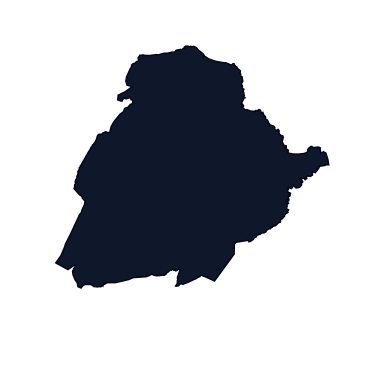 Skaun nor, Sør-Trøndelag, Norway, rotated 25°
{"feature_id": "86288312B11498019904431", "entity_name": "Skaun nor", "entity_type": "district", "adm_level": 2, "iso_a3": "NOR", "parent_name": "Norway", "parent_adm1": "Sør-Trøndelag", "projection": "albers", "projection_center": [10.037, 63.259], "detail": "fine", "context": "isolated", "style": "filled", "palette": "ink", "viewbox_px": 384, "rotation_deg": 25, "n_neighbors": 0, "source": "geoboundaries", "source_scale": "gbopen_adm2", "svg_char_len": 5880}
<svg xmlns="http://www.w3.org/2000/svg" viewBox="0 0 384 384"><g transform="rotate(25 192 192)"><path d="M98.5,313.8L112.4,314.7L115.6,309.1L116.5,307.9L117.2,308.0L117.6,308.6L117.6,309.7L117.1,311.6L117.4,312.8L117.2,314.2L119.3,317.4L123.0,320.8L126.7,323.1L128.7,326.0L132.0,325.9L132.5,323.6L133.1,322.2L134.4,320.9L139.0,318.7L140.7,318.6L142.9,319.2L146.8,317.8L147.7,316.9L149.0,316.6L149.8,315.9L149.8,314.9L150.1,314.6L150.9,314.8L150.8,314.5L151.0,313.9L151.1,312.6L151.4,312.9L153.5,310.0L160.8,306.6L171.6,298.1L174.9,294.4L186.0,288.3L188.5,285.9L190.2,283.5L192.9,283.5L195.7,282.7L195.5,282.4L197.6,281.7L200.0,280.0L202.2,279.1L203.2,277.2L203.3,275.6L203.9,275.1L205.6,271.4L206.4,271.7L207.2,270.0L208.1,269.9L208.5,270.6L209.6,269.8L210.2,270.4L210.7,270.3L211.9,268.7L212.3,267.6L214.2,267.4L214.4,271.6L214.8,273.5L214.7,274.7L215.4,276.6L216.1,277.0L216.1,278.3L216.7,279.2L216.7,279.9L217.3,280.3L217.2,282.8L216.8,284.1L217.4,284.1L219.5,282.6L219.7,281.3L220.4,280.2L221.5,279.5L222.8,279.4L227.2,274.8L231.3,269.8L232.0,269.2L232.9,268.0L233.3,266.8L234.8,265.5L235.2,264.1L236.7,262.6L237.5,263.5L239.2,263.2L250.0,263.1L256.4,230.5L252.6,221.8L252.7,220.0L253.6,218.6L262.8,212.4L263.6,212.2L264.6,213.0L264.9,212.5L265.4,212.5L266.6,210.8L267.7,208.7L267.8,206.9L269.0,205.8L269.3,203.1L270.4,202.7L271.2,201.6L271.7,201.5L272.1,200.3L273.0,199.3L274.3,198.8L275.4,197.5L275.8,196.7L275.5,196.0L275.9,195.4L275.9,194.9L277.3,192.9L277.4,192.1L278.3,192.3L278.3,191.2L279.0,191.0L279.6,190.0L279.3,189.4L282.0,187.1L283.4,183.3L284.8,182.0L284.8,181.7L283.9,179.4L285.2,178.1L285.5,176.2L286.1,175.1L285.7,174.2L286.0,172.3L287.6,170.0L286.8,169.2L287.1,168.0L287.1,167.4L285.2,167.5L284.1,165.7L284.4,165.3L284.3,164.7L283.6,163.8L283.5,163.2L284.1,161.8L283.0,162.0L282.9,161.7L283.5,161.1L281.7,160.4L282.9,159.8L283.4,159.0L282.8,158.4L282.5,158.8L281.6,158.7L281.5,158.4L281.6,158.0L282.7,157.6L280.8,155.5L282.0,154.9L282.4,154.3L282.3,153.5L280.8,153.3L281.0,152.6L282.0,152.1L281.9,151.7L280.8,151.3L279.8,152.1L278.9,151.9L278.8,150.9L277.5,149.8L278.3,148.7L277.5,148.0L277.1,147.1L280.5,147.0L281.0,145.8L281.4,142.7L283.9,144.4L285.2,144.0L287.7,142.0L288.3,139.3L287.4,137.4L288.0,136.5L287.5,136.3L287.8,135.8L286.2,134.5L285.2,134.8L285.0,133.7L286.3,132.6L287.4,132.3L289.3,133.0L290.2,131.5L289.2,131.3L289.6,130.4L289.8,128.7L293.0,127.7L293.2,126.5L294.0,125.9L292.6,122.9L294.4,122.2L295.4,122.5L296.3,119.4L296.2,118.7L296.7,117.6L296.8,114.7L301.3,111.7L301.9,110.7L304.4,109.6L301.4,105.1L296.9,100.2L294.0,100.0L293.5,101.3L292.4,102.3L289.7,98.6L289.7,97.8L288.1,97.8L286.5,98.3L284.8,99.7L282.8,100.6L281.4,100.1L280.4,100.6L279.2,103.2L279.1,105.0L279.8,106.1L279.7,107.2L277.4,109.7L272.3,112.8L273.2,113.2L271.5,113.1L267.8,114.8L262.9,116.0L261.9,115.1L261.9,113.9L261.5,113.4L258.7,113.1L258.8,112.4L258.6,112.4L258.0,110.4L255.7,110.9L252.9,108.7L252.4,108.1L252.1,107.0L252.2,106.2L251.6,104.7L251.7,104.0L250.5,102.8L248.9,103.2L246.8,102.5L245.4,101.0L245.3,100.0L243.8,98.8L243.3,99.2L243.4,99.6L242.6,100.2L241.2,100.5L240.1,99.8L239.7,98.4L238.2,97.8L234.0,98.2L233.3,97.4L231.6,96.7L231.3,96.0L229.9,95.0L228.0,95.0L227.0,93.0L224.1,91.6L222.6,89.9L221.1,90.8L219.2,88.8L218.4,88.8L217.7,89.2L217.6,89.7L216.6,91.1L215.9,91.4L215.4,91.1L214.9,91.6L215.0,92.4L214.4,93.0L213.8,92.8L211.0,93.9L207.1,94.1L205.6,95.0L202.8,94.4L201.6,94.8L201.0,93.9L201.0,92.4L198.3,92.4L201.0,91.8L201.4,92.4L201.6,94.2L202.3,94.3L202.4,92.4L202.2,92.0L199.1,90.2L199.5,88.8L199.1,88.2L199.5,87.5L199.5,86.5L199.3,85.5L198.7,84.9L200.0,84.1L200.8,84.7L200.0,84.0L198.8,84.5L198.0,82.9L199.2,82.3L198.5,82.4L196.7,79.8L195.7,79.2L195.6,77.3L195.3,77.5L194.9,76.9L193.1,76.3L193.0,74.8L191.1,73.2L191.0,72.5L191.3,70.4L191.0,70.2L191.0,69.7L189.2,67.5L189.0,66.6L187.4,66.5L186.2,64.5L185.3,63.8L185.0,63.2L185.1,62.7L184.3,61.6L180.9,60.7L180.1,59.9L177.9,59.9L177.7,59.3L177.0,59.3L176.1,58.0L175.0,58.3L174.5,59.8L173.6,60.4L168.0,60.6L165.6,61.6L158.1,63.6L150.7,64.3L145.3,63.4L145.3,64.3L145.9,64.4L146.3,64.7L145.1,64.2L145.2,63.2L144.6,62.5L141.3,61.4L138.0,60.8L134.9,59.3L132.1,59.3L129.9,60.8L129.3,60.4L128.9,60.8L129.1,61.0L128.4,61.5L126.7,61.5L124.9,62.3L124.1,63.3L124.9,63.5L125.1,64.0L123.6,65.1L123.2,65.9L123.4,66.2L122.8,67.1L121.2,67.7L117.9,70.2L117.5,70.6L117.8,70.9L117.7,71.4L116.6,72.8L114.8,73.7L111.2,76.5L107.8,78.2L103.7,81.9L101.9,82.4L95.6,86.4L91.3,88.2L89.9,88.4L86.9,90.2L86.8,90.6L87.3,91.8L86.8,92.0L86.9,92.3L86.5,92.8L86.5,93.4L88.6,96.0L87.9,96.1L86.4,97.4L86.4,97.9L86.9,98.3L84.2,100.9L83.9,101.7L83.7,102.6L84.3,104.2L83.9,106.6L84.1,115.9L84.5,116.7L85.1,119.4L88.0,122.6L91.7,122.0L92.9,122.5L89.0,129.5L85.9,133.2L85.2,134.7L84.2,135.1L84.4,135.9L85.7,139.9L89.2,139.6L90.2,139.1L90.1,137.9L90.6,135.9L93.2,135.2L96.3,132.2L97.8,134.1L98.2,133.8L99.8,134.2L100.6,136.8L100.2,137.4L100.3,137.6L100.2,138.2L99.1,138.6L98.9,139.5L99.0,139.9L98.2,141.3L98.4,141.5L98.2,142.0L98.4,142.7L96.7,143.4L95.6,144.9L96.0,148.0L93.9,152.0L91.9,159.9L91.4,162.8L91.1,166.9L92.3,172.8L89.9,173.9L88.3,173.9L86.0,176.6L85.9,177.6L85.3,178.3L84.1,178.5L82.9,179.5L82.6,181.5L83.2,184.3L83.0,188.3L82.6,189.5L83.1,190.2L82.1,191.1L81.9,194.0L81.6,194.7L82.0,195.4L81.7,196.0L81.9,196.1L81.7,196.3L81.7,197.1L81.4,198.4L81.0,202.2L81.1,203.2L80.7,204.4L80.8,205.5L80.1,214.2L80.3,214.1L80.5,215.0L80.1,215.4L80.4,215.5L79.9,217.0L79.6,217.3L80.3,219.3L80.1,220.6L80.0,222.1L81.1,222.9L80.8,223.5L81.2,224.8L81.2,225.4L81.0,225.6L81.1,226.5L81.6,226.4L81.5,227.0L81.8,228.2L81.5,230.0L81.6,231.0L81.9,232.2L82.3,232.3L82.9,234.1L82.7,234.9L83.6,237.6L83.7,238.8L91.1,242.0L94.9,242.7L95.0,243.8L99.0,245.5L99.9,248.6L99.9,255.1L100.2,255.9L100.3,258.1L99.5,260.6L99.7,261.7L99.7,265.8L99.7,282.6L99.3,292.6L99.8,295.4L100.1,305.2L98.5,313.8Z" fill="#0f172a" stroke="#020617" stroke-width="1.5"/></g></svg>